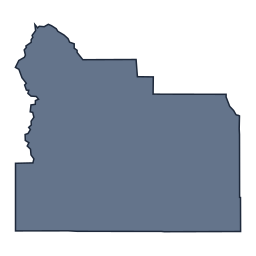 Yakima, Washington, United States of America (Mercator projection)
{"feature_id": "52423323B32791313624567", "entity_name": "Yakima", "entity_type": "district", "adm_level": 2, "iso_a3": "USA", "parent_name": "United States of America", "parent_adm1": "Washington", "projection": "mercator", "projection_center": [-121.053, 46.564], "detail": "fine", "context": "isolated", "style": "filled", "palette": "slate", "viewbox_px": 256, "rotation_deg": 0, "n_neighbors": 0, "source": "geoboundaries", "source_scale": "gbopen_adm2", "svg_char_len": 1020}
<svg xmlns="http://www.w3.org/2000/svg" viewBox="0 0 256 256"><path d="M24.6,85.0L26.4,90.1L28.7,90.3L27.9,93.4L31.0,96.1L36.3,96.5L38.5,99.2L35.4,100.6L35.3,104.3L31.0,104.9L30.2,111.8L32.7,112.4L33.9,117.3L31.1,121.2L31.3,125.0L28.7,127.4L30.4,129.6L28.0,133.5L25.1,134.5L25.3,140.5L28.9,142.7L27.2,146.0L30.5,149.2L31.0,154.9L33.9,158.9L32.9,162.9L15.5,163.3L15.5,230.9L68.4,230.8L77.1,231.3L144.3,231.4L161.3,231.4L164.2,231.7L240.6,231.5L240.5,197.5L239.6,197.4L239.5,134.5L239.2,128.8L239.5,115.9L238.5,115.4L236.3,114.9L235.8,114.4L233.6,110.5L229.7,106.4L226.1,97.1L226.1,94.3L161.4,94.2L153.1,94.1L153.3,76.9L137.4,76.7L136.1,59.5L82.8,59.7L77.1,52.5L77.1,50.3L74.2,48.2L74.2,43.8L69.6,42.2L68.0,38.6L64.0,35.0L57.9,31.4L56.2,28.7L51.5,25.7L48.3,24.3L44.2,26.7L39.3,26.3L37.6,27.9L34.9,24.6L35.6,30.7L32.1,35.4L32.8,37.4L31.2,39.6L31.2,42.3L25.9,46.0L26.4,47.4L24.2,49.9L25.4,55.1L24.4,57.3L18.8,60.5L15.4,67.4L18.9,69.3L22.0,77.8L26.3,83.3L24.6,85.0Z" fill="#64748b" stroke="#1e293b" stroke-width="1.5"/></svg>